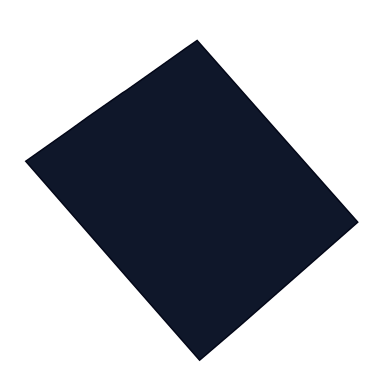 outline of Lauderdale, Mississippi, United States of America, rotated 229°
{"feature_id": "52423323B32649044831734", "entity_name": "Lauderdale", "entity_type": "district", "adm_level": 2, "iso_a3": "USA", "parent_name": "United States of America", "parent_adm1": "Mississippi", "projection": "mercator", "projection_center": [-88.559, 32.401], "detail": "fine", "context": "isolated", "style": "filled", "palette": "ink", "viewbox_px": 384, "rotation_deg": 229, "n_neighbors": 0, "source": "geoboundaries", "source_scale": "gbopen_adm2", "svg_char_len": 356}
<svg xmlns="http://www.w3.org/2000/svg" viewBox="0 0 384 384"><g transform="rotate(229 192 192)"><path d="M60.5,297.3L206.5,296.0L303.0,295.3L304.5,281.9L307.9,247.1L311.8,208.3L312.4,204.7L313.6,193.2L316.8,163.2L318.7,142.0L318.7,141.9L324.3,86.7L163.7,87.0L60.1,87.4L59.7,141.3L60.5,297.3Z" fill="#0f172a" stroke="#020617" stroke-width="1.5"/></g></svg>